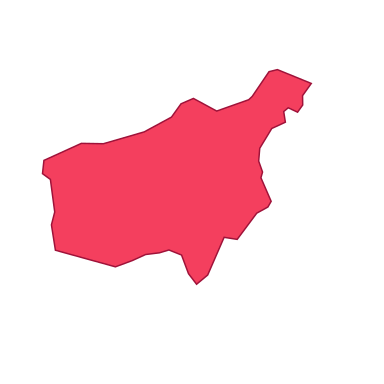 Gaya, Dosso, Niger (Natural Earth projection), rotated 251°
{"feature_id": "23599985B94426243670688", "entity_name": "Gaya", "entity_type": "district", "adm_level": 2, "iso_a3": "NER", "parent_name": "Niger", "parent_adm1": "Dosso", "projection": "natural_earth1", "projection_center": [3.47, 12.051], "detail": "fine", "context": "isolated", "style": "filled", "palette": "rose", "viewbox_px": 384, "rotation_deg": 251, "n_neighbors": 0, "source": "geoboundaries", "source_scale": "gbopen_adm2", "svg_char_len": 703}
<svg xmlns="http://www.w3.org/2000/svg" viewBox="0 0 384 384"><g transform="rotate(251 192 192)"><path d="M103.3,166.3L108.4,179.8L138.7,207.6L132.5,219.3L150.9,246.3L153.1,258.9L157.4,263.8L183.0,261.8L187.9,265.2L199.5,265.1L211.3,270.3L226.1,288.1L227.6,303.0L238.2,304.9L240.3,310.4L233.1,317.8L238.2,325.0L247.1,327.9L255.8,340.1L279.9,312.6L280.7,304.0L262.8,280.1L260.8,275.7L260.5,241.7L280.0,223.8L279.0,210.4L269.5,197.0L264.4,166.4L266.5,123.9L274.0,103.2L270.1,62.3L258.0,56.6L250.0,62.2L217.8,55.7L206.7,48.4L181.4,43.9L161.5,72.9L146.2,95.2L146.6,113.2L148.0,127.8L145.1,141.4L144.7,151.3L135.8,161.6L115.9,162.1L103.3,166.3Z" fill="#f43f5e" stroke="#9f1239" stroke-width="1.5"/></g></svg>